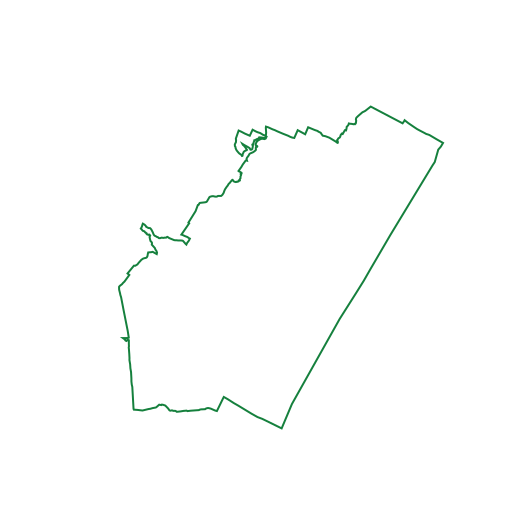 Dragoesti, Vâlcea, Romania (Natural Earth projection), rotated 212°
{"feature_id": "2599482B56632768650185", "entity_name": "Dragoesti", "entity_type": "district", "adm_level": 2, "iso_a3": "ROU", "parent_name": "Romania", "parent_adm1": "Vâlcea", "projection": "natural_earth1", "projection_center": [24.313, 44.81], "detail": "fine", "context": "isolated", "style": "outline", "palette": "green", "viewbox_px": 512, "rotation_deg": 212, "n_neighbors": 0, "source": "geoboundaries", "source_scale": "gbopen_adm2", "svg_char_len": 6039}
<svg xmlns="http://www.w3.org/2000/svg" viewBox="0 0 512 512"><g transform="rotate(212 256 256)"><path d="M315.2,333.0L314.2,332.1L314.9,331.9L315.1,331.8L315.4,331.0L315.4,330.5L315.7,326.6L315.6,323.7L315.9,318.8L315.8,318.7L314.2,318.9L312.6,318.9L312.2,318.8L312.1,318.7L312.0,318.0L312.1,317.8L313.3,317.6L312.1,317.3L311.7,317.1L311.6,316.9L311.2,315.0L310.4,313.8L310.4,312.8L310.2,312.1L309.7,311.5L309.8,311.3L310.4,311.2L310.7,311.0L310.7,310.6L310.4,310.1L310.4,309.9L311.4,308.8L311.9,308.6L312.0,308.3L312.3,308.0L313.9,307.5L314.4,307.6L315.1,307.7L316.2,308.2L316.4,308.1L316.7,307.0L316.7,306.3L316.9,305.6L316.9,304.6L317.4,302.5L317.3,300.6L317.5,299.4L317.6,296.8L317.6,295.9L317.3,294.1L316.9,292.4L316.9,291.2L316.9,290.2L317.3,288.6L317.5,288.4L319.8,287.0L320.1,286.7L320.5,285.9L321.2,285.2L322.4,284.6L323.6,284.2L324.1,284.0L324.7,283.6L325.5,282.9L326.5,281.7L326.7,281.1L326.6,279.4L326.6,278.3L326.5,276.8L326.6,275.8L326.9,275.3L327.7,274.5L331.6,271.4L331.8,271.1L331.9,270.6L331.8,268.9L331.9,268.7L332.1,268.4L332.3,268.3L331.0,262.0L331.0,248.5L330.0,248.3L330.6,234.6L329.5,234.9L327.0,235.2L324.4,235.7L323.8,235.7L322.1,235.6L321.3,235.7L321.1,234.1L321.1,232.7L321.3,231.1L321.3,230.0L321.1,228.8L321.9,228.9L325.1,229.9L325.8,230.1L326.4,230.1L327.9,229.4L330.5,227.8L331.6,227.3L332.9,226.5L333.8,226.1L339.1,225.2L341.2,225.3L341.5,225.1L341.9,224.0L342.1,223.8L342.9,223.4L344.1,222.3L345.8,221.5L346.9,220.2L347.9,219.7L348.2,219.7L348.8,219.9L349.4,219.9L350.4,219.6L351.2,219.7L352.6,219.5L353.3,219.6L354.2,220.0L356.1,221.4L358.8,223.0L360.4,223.5L360.8,223.4L362.1,222.7L363.2,222.7L364.1,222.6L364.7,222.6L365.4,223.1L366.6,223.4L367.4,223.5L369.1,223.5L369.0,222.7L368.4,220.7L368.2,219.1L368.2,218.2L367.1,218.0L366.1,217.6L365.3,217.4L363.7,217.8L363.1,217.5L362.5,217.3L361.9,217.4L361.3,217.1L360.9,217.3L360.7,217.2L360.5,216.8L359.6,216.6L358.1,217.3L357.8,217.6L357.6,217.5L357.6,217.2L356.8,217.4L356.5,217.2L356.5,216.3L356.3,215.7L354.8,214.1L353.4,212.8L352.2,212.5L351.5,212.3L350.9,211.6L350.4,210.4L346.1,209.2L344.6,208.1L343.1,207.5L341.7,206.4L341.2,205.0L345.8,204.8L346.9,203.7L349.3,201.9L348.9,200.6L348.0,198.4L347.9,197.0L348.4,196.0L349.5,195.0L350.4,193.9L351.2,192.0L351.9,188.1L352.1,186.0L353.2,183.8L354.4,183.1L355.7,173.1L353.4,172.8L354.0,164.5L354.5,162.7L354.7,161.0L354.9,160.5L355.5,159.0L355.8,157.7L355.8,157.4L355.3,156.5L354.2,154.9L353.7,154.4L351.5,152.3L350.4,151.1L348.6,149.6L339.4,139.7L328.4,128.0L325.1,124.5L320.6,119.3L320.7,119.1L322.2,117.9L325.4,115.9L324.0,115.8L323.4,115.9L322.9,115.8L322.9,115.6L322.0,115.2L321.1,115.2L320.9,115.2L320.7,115.5L320.7,116.2L320.4,116.8L319.9,117.1L319.2,117.2L317.2,114.0L315.9,112.1L315.3,110.7L314.8,110.2L311.5,105.7L309.2,102.4L308.2,100.7L305.3,97.4L303.0,94.2L300.5,91.4L296.9,86.3L295.1,83.5L293.2,81.1L291.5,79.4L278.8,61.4L278.4,61.3L278.1,61.0L274.9,62.7L270.4,64.8L266.0,69.3L264.7,70.4L263.1,72.2L260.8,74.3L260.4,74.9L259.3,78.6L257.3,79.4L257.1,80.1L255.5,80.7L253.6,81.1L249.6,80.1L248.3,79.5L247.6,79.3L247.0,79.3L246.4,79.6L245.8,80.3L245.1,80.7L244.1,80.8L243.6,81.2L242.1,82.0L240.6,81.9L237.8,84.1L235.3,86.3L232.9,88.1L232.0,88.1L229.4,90.2L224.9,93.5L222.8,95.0L222.1,96.1L221.2,96.9L218.0,99.1L217.6,100.1L216.7,101.2L215.7,101.9L213.5,102.6L208.7,103.3L207.0,103.8L208.5,118.0L208.6,119.4L204.0,119.6L197.0,119.5L192.0,119.7L176.2,119.9L169.4,120.2L164.4,121.2L142.9,123.4L147.1,149.5L151.7,247.1L151.5,277.2L151.5,292.1L152.0,305.2L152.9,335.1L153.2,345.0L154.3,426.3L154.2,430.4L157.8,442.8L157.2,446.7L157.3,451.0L164.6,450.7L173.1,450.5L174.9,450.1L176.2,449.7L178.4,449.6L183.5,449.2L186.6,449.0L190.0,449.1L197.3,449.4L201.9,449.9L201.8,449.0L201.9,447.8L202.0,446.2L237.9,443.5L240.2,437.1L240.3,436.9L240.8,436.0L241.9,434.3L243.5,429.1L244.1,426.7L244.1,425.9L243.8,425.1L243.7,424.8L242.7,423.8L242.4,423.1L241.8,421.8L241.7,421.4L241.7,421.0L241.8,420.6L241.9,420.2L242.2,420.1L242.3,420.3L242.5,420.3L242.9,419.6L243.1,419.4L244.8,418.8L245.9,418.2L247.5,417.6L247.2,416.6L247.1,415.9L247.5,413.5L246.8,412.1L246.4,411.0L246.2,410.2L246.5,410.1L247.1,410.1L247.3,409.8L247.1,405.3L247.3,405.2L248.0,405.4L248.1,405.1L248.3,403.5L247.8,401.7L247.8,401.1L247.8,400.8L248.5,399.4L248.5,398.1L248.6,397.3L248.5,397.1L247.8,396.8L246.9,396.0L246.7,395.5L246.7,395.2L247.1,395.1L249.2,395.3L256.5,395.2L260.5,394.4L263.2,393.4L265.9,394.5L266.4,394.8L269.2,394.5L269.9,394.7L272.8,394.0L280.0,392.8L278.8,385.3L287.3,384.8L286.1,376.4L288.1,375.6L290.1,375.2L292.5,375.0L297.8,374.0L304.1,373.0L306.8,372.7L309.1,372.2L313.8,371.6L316.1,371.0L315.6,369.9L312.7,365.9L311.4,363.2L314.2,362.5L317.6,362.5L320.3,361.8L322.5,361.5L325.8,361.3L325.0,354.7L330.3,353.9L334.4,353.6L337.2,353.2L335.3,344.9L335.2,344.8L334.9,344.3L334.3,343.8L334.0,343.0L333.4,342.1L333.1,339.4L332.9,339.1L332.1,338.0L331.2,337.6L330.4,336.6L329.1,335.7L328.1,335.2L325.7,334.4L324.5,334.1L322.3,334.0L321.8,333.9L320.9,333.4L320.6,333.7L320.6,334.0L321.2,335.1L321.6,337.9L321.2,339.0L320.0,340.9L319.9,341.2L323.0,342.6L324.9,343.2L326.0,343.3L327.0,343.9L324.7,343.9L320.9,344.1L318.7,344.1L318.1,343.9L317.3,343.3L317.0,343.2L316.8,343.3L316.3,343.7L316.0,344.2L315.9,344.8L316.2,345.6L316.3,346.1L317.0,347.8L317.3,348.1L317.9,348.2L318.1,348.4L318.1,348.6L317.6,348.7L317.5,349.0L318.3,351.4L318.2,352.8L318.3,353.0L318.7,353.2L318.4,353.6L318.1,354.1L317.7,354.5L317.4,355.3L316.0,357.2L316.0,357.5L316.2,358.1L316.2,358.3L315.9,358.5L315.4,358.6L315.0,359.0L311.4,360.6L311.2,360.8L310.7,362.7L310.5,362.8L310.3,362.8L310.0,360.9L310.1,360.6L310.7,359.7L310.8,359.6L312.4,359.0L313.0,358.6L313.5,358.2L314.4,357.0L315.3,355.4L315.7,354.4L315.8,353.9L315.9,353.0L315.8,351.8L315.7,351.1L315.3,350.2L315.0,349.9L313.2,349.8L312.9,349.5L312.9,349.3L313.6,349.0L313.8,348.7L313.8,348.4L313.3,347.3L312.7,346.6L312.5,346.2L312.3,345.5L312.9,343.8L313.5,342.4L315.2,340.0L315.6,339.1L315.5,337.0L315.7,334.7L315.6,333.7L315.2,333.0Z" fill="none" stroke="#15803d" stroke-width="2"/></g></svg>